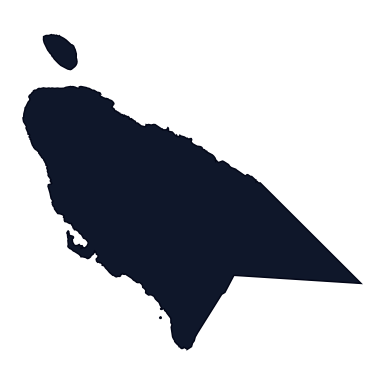 the district of North Malaita, Malaita, Solomon Islands
{"feature_id": "97153195B19002980300101", "entity_name": "North Malaita", "entity_type": "district", "adm_level": 2, "iso_a3": "SLB", "parent_name": "Solomon Islands", "parent_adm1": "Malaita", "projection": "natural_earth1", "projection_center": [160.61, -8.382], "detail": "fine", "context": "isolated", "style": "filled", "palette": "ink", "viewbox_px": 384, "rotation_deg": 0, "n_neighbors": 0, "source": "geoboundaries", "source_scale": "gbopen_adm2", "svg_char_len": 5776}
<svg xmlns="http://www.w3.org/2000/svg" viewBox="0 0 384 384"><path d="M187.2,349.4L191.5,346.6L192.5,343.1L194.2,340.8L195.2,337.0L197.7,332.6L221.7,294.3L224.9,292.4L233.9,275.3L361.0,283.4L260.2,182.9L258.9,183.0L258.1,182.6L257.2,181.5L256.7,181.5L256.1,181.9L256.0,180.0L255.1,179.7L251.7,176.5L250.3,176.4L247.8,174.7L247.0,174.7L245.7,175.8L244.9,175.8L236.2,169.8L235.8,169.3L231.2,167.6L229.6,166.3L228.5,164.6L223.4,161.4L222.4,161.1L218.6,162.5L217.3,161.7L216.4,160.4L215.9,160.1L215.6,160.9L215.3,160.0L215.4,159.0L215.0,158.0L213.7,156.2L212.3,154.9L207.9,152.6L207.0,152.1L206.9,151.4L206.4,151.1L205.8,151.4L204.5,149.8L202.4,149.1L202.0,147.6L201.4,147.1L200.2,146.6L197.0,146.2L193.0,144.0L191.4,142.4L191.1,141.6L191.7,139.7L191.3,138.6L190.0,138.6L189.4,139.2L188.2,138.9L187.2,138.2L186.7,138.5L184.4,137.0L180.6,135.9L179.8,135.2L179.5,135.5L179.7,136.4L179.2,136.9L176.8,136.4L176.6,136.1L176.8,135.6L176.6,135.2L176.2,135.8L175.9,135.8L174.1,134.3L173.9,133.8L172.2,132.0L169.4,131.5L168.4,131.0L168.5,129.2L168.3,128.1L167.9,127.7L166.6,129.8L164.1,129.9L162.6,129.7L162.4,129.0L161.5,128.9L155.1,124.6L153.5,124.5L151.2,125.1L148.7,124.5L146.8,124.9L146.1,124.6L145.7,126.5L145.1,126.8L141.1,125.9L137.7,123.1L136.0,123.0L135.2,121.3L133.6,120.6L132.6,119.5L132.1,119.3L131.6,119.6L131.3,118.7L130.8,118.7L130.1,119.3L129.4,119.2L129.4,118.1L128.9,117.2L128.0,116.5L127.1,116.9L126.1,116.0L125.2,115.9L124.6,115.3L124.1,116.2L123.5,116.3L123.4,115.3L123.0,114.9L121.4,114.4L120.9,114.5L120.9,115.4L119.8,113.2L119.1,113.1L117.8,112.0L117.3,112.1L116.3,111.1L114.7,110.7L114.3,109.2L111.8,107.2L113.1,105.0L113.0,104.3L113.9,103.9L113.7,103.0L112.4,101.3L110.8,100.3L109.1,99.8L108.2,99.0L106.5,98.5L106.2,98.9L105.3,98.7L104.8,98.1L104.3,98.3L101.6,96.7L101.1,97.0L100.1,95.4L99.6,93.9L99.7,93.6L100.5,93.8L100.1,93.0L98.7,92.4L97.5,92.4L94.0,90.3L92.5,90.3L89.1,88.4L87.4,88.1L86.4,87.6L80.9,86.5L79.3,86.9L79.2,88.0L78.5,88.3L76.6,87.9L75.2,87.2L72.9,86.6L71.7,86.8L70.7,86.5L66.0,87.3L64.0,88.2L62.7,88.3L59.8,88.4L57.6,88.1L54.6,88.4L51.9,88.0L50.8,88.4L48.9,88.0L46.4,88.4L43.4,87.9L40.6,88.6L38.9,88.4L37.7,89.0L36.9,89.8L35.7,90.3L35.1,90.1L34.2,90.4L33.4,91.0L33.3,91.9L32.2,92.6L31.3,94.0L29.6,95.3L28.9,96.5L29.1,97.6L29.8,98.3L29.9,99.2L29.6,100.5L28.3,101.9L25.8,107.0L25.1,107.8L24.9,109.8L23.9,113.7L23.6,117.5L23.0,117.8L23.1,118.9L23.6,121.7L26.3,126.1L26.5,127.1L26.1,127.6L26.1,128.3L28.2,133.1L27.9,133.9L28.3,134.3L29.3,134.1L29.7,135.1L29.1,136.9L30.1,137.8L30.1,139.2L30.8,139.6L31.1,141.4L32.5,145.3L33.5,146.7L33.7,147.4L35.4,149.4L37.1,150.3L37.3,150.8L38.3,151.5L38.9,152.5L38.8,153.1L40.2,154.8L40.4,155.5L41.0,155.8L41.6,157.2L43.5,159.0L44.1,160.7L44.8,161.3L45.1,162.6L45.7,163.1L46.1,165.4L47.1,165.8L47.3,166.2L47.4,167.0L46.9,167.4L47.2,168.2L46.9,168.6L47.7,169.9L47.4,171.3L48.3,173.7L48.1,175.3L48.8,176.7L49.8,177.5L50.2,178.7L50.9,179.4L51.0,179.8L50.3,180.7L50.5,181.7L51.3,182.3L51.7,183.3L51.5,183.7L50.6,184.2L48.4,184.7L48.3,185.8L48.0,186.1L50.0,192.8L51.1,198.3L53.0,201.1L53.0,201.5L52.0,202.2L52.5,203.2L52.3,204.1L53.2,206.1L54.1,206.9L54.6,209.1L57.8,213.5L60.1,213.8L62.2,214.5L64.0,215.7L63.5,217.2L64.3,218.1L64.3,220.2L64.8,221.5L67.4,222.1L68.2,222.8L69.9,223.5L70.8,223.6L71.3,223.4L71.5,223.7L71.7,224.8L72.6,226.0L73.2,228.0L73.9,228.3L74.3,229.6L75.0,229.9L75.6,229.4L76.0,229.4L77.0,230.5L78.3,231.2L79.5,233.2L81.5,234.5L83.5,238.1L85.7,239.0L87.4,241.0L88.4,242.9L87.2,245.7L85.6,247.3L84.6,248.0L83.2,247.5L82.1,248.3L80.9,248.6L80.8,248.2L82.1,247.6L82.6,246.6L82.1,245.7L80.2,245.8L79.2,244.5L77.3,245.5L75.1,245.6L74.1,244.9L72.6,242.2L72.2,239.2L73.3,238.1L73.5,237.4L73.4,236.9L72.8,236.3L69.4,235.3L69.1,234.6L69.2,233.9L69.0,233.1L68.7,232.9L68.9,231.9L68.3,231.0L67.9,231.1L66.9,232.9L67.0,233.4L67.4,233.9L67.8,237.9L68.3,238.7L67.9,240.5L68.3,244.5L67.9,246.2L68.1,246.9L69.8,248.5L71.5,249.2L73.3,250.9L75.0,251.7L79.1,254.3L80.6,255.9L81.0,256.8L82.2,256.7L85.6,257.4L87.4,258.5L88.0,258.5L89.0,258.1L90.5,256.9L91.2,255.5L93.2,254.1L93.7,253.1L94.7,252.2L94.3,251.1L94.7,250.8L95.9,252.3L96.5,254.3L97.5,254.7L98.2,255.7L98.1,257.3L97.7,257.3L97.6,257.7L96.3,258.9L96.2,259.4L96.6,261.1L97.7,262.3L98.6,262.0L100.0,262.8L100.5,262.6L102.2,263.8L102.2,265.3L102.6,265.4L103.1,265.1L103.9,265.3L104.1,266.1L105.1,266.8L105.2,267.6L107.5,269.9L109.6,272.5L112.7,275.2L113.1,275.0L116.0,276.8L116.8,276.8L117.4,276.3L119.8,276.4L120.6,275.7L120.7,274.5L121.7,274.3L122.4,273.5L122.7,273.4L123.3,274.2L124.6,274.3L125.1,273.8L125.6,273.8L125.9,274.4L131.9,278.3L133.5,280.1L136.3,281.7L136.4,282.2L137.8,282.6L139.7,282.4L141.8,284.2L142.5,285.4L142.8,287.4L144.3,288.4L145.5,289.8L145.8,290.8L145.6,292.5L145.9,293.1L148.5,295.0L151.1,294.7L154.0,296.3L155.4,298.9L157.6,301.1L158.7,301.9L159.7,303.7L160.1,305.0L161.5,307.4L161.4,308.1L160.6,308.8L160.7,309.2L161.2,309.4L162.1,309.3L162.5,308.7L163.4,308.7L163.9,308.9L164.5,309.5L164.7,310.5L166.3,311.8L167.0,313.2L170.6,317.9L170.9,319.1L170.9,322.7L172.1,324.5L171.2,327.2L172.6,336.8L173.6,339.0L174.3,339.7L174.8,341.6L176.9,344.0L177.9,344.6L178.3,345.4L178.8,345.8L179.1,346.7L179.9,346.9L181.3,348.4L182.0,348.5L183.0,348.3L183.6,347.2L184.0,347.3L187.2,349.1L187.2,349.4ZM77.0,61.7L76.6,59.0L76.2,58.0L76.3,53.9L75.0,49.2L74.6,48.7L73.6,46.1L72.3,45.0L71.0,44.6L66.2,40.1L63.6,38.3L60.0,36.4L59.2,35.6L58.4,36.2L56.5,35.2L55.3,35.5L53.8,34.9L53.0,35.2L51.4,34.6L48.9,35.5L46.1,35.5L43.6,36.6L43.5,39.8L44.2,42.7L47.8,50.1L49.3,52.0L49.6,52.7L51.2,54.2L52.3,56.5L52.9,56.8L54.4,59.1L58.5,63.3L60.9,65.4L67.7,69.0L70.4,69.6L71.5,69.2L74.7,66.6L75.8,65.3L76.7,63.5L77.0,61.7ZM161.0,318.3L161.2,317.3L160.4,316.9L159.8,317.5L159.7,317.9L160.2,318.4L161.0,318.3Z" fill="#0f172a" stroke="#020617" stroke-width="1.5"/></svg>